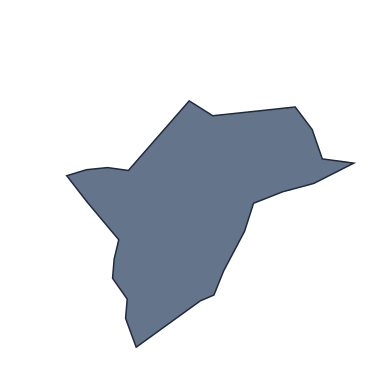 SVG path tracing the border of Kole, rotated 50°
{"feature_id": "UGA-5605", "entity_name": "Kole", "entity_type": "District", "adm_level": 1, "iso_a3": "UGA", "parent_name": "Uganda", "parent_adm1": "", "projection": "natural_earth1", "projection_center": [32.715, 2.291], "detail": "fine", "context": "isolated", "style": "filled", "palette": "slate", "viewbox_px": 384, "rotation_deg": 50, "n_neighbors": 0, "source": "natural_earth", "source_scale": "10m", "svg_char_len": 463}
<svg xmlns="http://www.w3.org/2000/svg" viewBox="0 0 384 384"><g transform="rotate(50 192 192)"><path d="M250.4,70.9L273.9,49.5L263.7,93.2L250.0,122.7L240.2,152.1L255.9,177.0L272.8,218.5L285.0,241.4L280.7,255.8L275.0,334.5L246.1,324.1L232.4,310.5L207.0,308.3L193.3,294.7L181.5,278.8L132.6,278.8L99.0,277.5L107.1,258.5L119.0,241.0L134.6,226.9L120.4,135.6L146.9,127.1L193.2,58.3L221.4,59.8L250.4,70.9Z" fill="#64748b" stroke="#1e293b" stroke-width="1.5"/></g></svg>